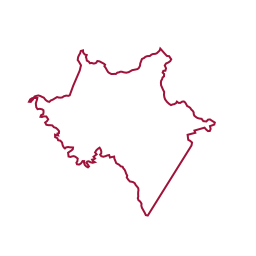 Fraiburgo, Santa Catarina, Brazil (Natural Earth projection), rotated 159°
{"feature_id": "56859067B37752043800288", "entity_name": "Fraiburgo", "entity_type": "district", "adm_level": 2, "iso_a3": "BRA", "parent_name": "Brazil", "parent_adm1": "Santa Catarina", "projection": "natural_earth1", "projection_center": [-50.848, -27.028], "detail": "fine", "context": "isolated", "style": "outline", "palette": "rose", "viewbox_px": 256, "rotation_deg": 159, "n_neighbors": 0, "source": "geoboundaries", "source_scale": "gbopen_adm2", "svg_char_len": 3683}
<svg xmlns="http://www.w3.org/2000/svg" viewBox="0 0 256 256"><g transform="rotate(159 128 128)"><path d="M205.7,169.8L204.4,169.1L202.4,169.0L200.1,168.0L199.4,164.7L201.3,163.4L203.4,162.8L203.1,160.3L201.2,159.1L199.2,158.3L197.7,157.5L197.0,155.4L195.2,153.9L194.1,151.8L193.5,149.7L194.3,148.0L195.8,148.1L195.9,146.1L197.3,146.9L198.5,147.9L199.3,145.6L197.6,143.8L197.6,141.6L195.7,140.4L194.8,138.1L195.2,135.0L194.9,132.8L194.2,131.5L192.7,132.1L190.7,131.7L189.4,130.9L188.0,130.3L186.3,129.5L187.2,127.9L189.2,127.2L191.2,126.8L192.8,126.4L193.2,124.7L193.7,122.7L192.1,121.6L190.3,121.5L188.8,121.2L187.6,120.2L186.8,119.0L185.9,117.5L187.2,115.1L188.6,114.1L188.6,112.4L186.8,111.4L184.9,111.7L183.6,112.4L182.3,113.4L180.8,112.8L181.5,111.3L181.6,109.1L180.8,107.2L179.5,105.6L178.2,106.1L178.6,108.3L179.3,110.5L178.0,111.3L176.6,111.0L175.2,109.4L173.5,108.2L171.3,108.0L172.5,109.6L172.8,111.3L171.2,111.0L169.7,111.3L170.5,113.5L168.6,114.1L166.7,114.7L167.5,117.0L165.6,118.5L163.4,119.4L161.6,119.8L161.2,117.8L161.3,115.8L162.1,113.9L163.6,113.1L163.0,111.2L161.3,110.0L159.4,109.8L157.1,109.8L155.3,109.5L155.4,106.9L153.5,106.7L151.2,106.3L151.7,104.3L151.6,101.9L151.6,99.5L150.7,98.3L149.5,97.0L148.5,94.8L146.9,93.7L146.8,92.0L146.2,90.5L146.0,88.7L146.1,86.1L145.8,83.8L146.9,82.3L146.2,79.4L145.3,77.3L144.0,76.6L142.7,75.7L141.5,74.1L141.3,72.1L140.6,70.2L140.0,68.2L140.5,66.2L141.4,64.7L142.3,62.5L143.0,60.3L144.0,59.0L144.1,56.9L143.0,55.0L142.5,52.6L143.4,50.6L143.6,48.5L143.3,46.6L143.1,45.0L142.8,43.2L142.6,40.3L140.9,39.2L75.0,88.9L73.4,91.5L74.5,93.6L76.0,95.4L74.8,100.3L66.9,99.4L66.9,101.8L56.4,100.9L55.7,98.8L54.4,96.4L52.7,95.9L51.2,97.5L50.8,100.4L48.4,100.3L46.2,100.3L45.0,102.0L46.7,104.2L48.4,106.6L50.3,107.1L52.5,106.0L55.2,107.4L56.0,110.2L58.2,111.4L59.6,112.5L60.7,114.0L61.7,115.8L61.6,117.6L61.1,119.1L61.4,120.7L62.3,122.6L62.7,124.5L63.7,126.0L64.9,127.3L65.1,129.1L65.5,131.4L66.4,132.8L68.1,133.2L70.2,132.7L71.9,133.4L72.9,135.1L74.2,134.0L76.2,133.7L77.9,134.0L79.7,134.0L80.9,135.7L82.2,138.3L83.1,141.4L83.0,143.8L82.5,146.1L81.3,148.7L81.6,151.5L81.7,154.0L81.8,156.0L81.1,158.4L80.2,160.1L78.6,161.4L77.6,162.8L75.9,163.3L74.9,165.5L75.8,167.3L74.5,168.7L72.6,168.1L71.1,170.1L71.3,173.2L69.4,174.6L66.9,174.7L64.6,175.3L63.0,176.7L63.5,178.5L63.8,180.2L65.9,181.4L67.1,184.4L69.4,190.6L70.8,188.9L73.0,188.0L74.5,187.4L76.1,187.5L78.1,188.1L79.8,188.1L81.8,187.4L84.3,188.2L86.3,188.2L87.9,187.6L90.3,187.4L91.8,185.7L93.4,183.9L94.5,181.8L96.3,180.2L98.0,179.6L101.2,180.1L103.4,180.5L105.2,180.2L107.3,179.9L109.7,180.2L111.9,181.4L113.5,182.7L115.1,183.3L116.7,183.2L118.1,183.5L120.0,182.8L121.3,183.4L122.7,183.8L124.2,184.4L125.7,186.0L126.5,187.3L126.9,189.2L127.3,192.1L127.9,194.2L126.7,195.3L127.4,196.6L128.9,198.3L130.7,200.4L132.6,201.5L134.3,200.3L135.9,200.2L137.2,200.6L138.6,201.8L140.3,202.1L140.8,204.0L142.3,205.7L141.9,207.6L141.9,209.4L140.4,210.9L142.0,212.1L142.8,214.6L142.2,216.6L144.5,216.8L146.0,214.8L147.5,213.7L149.2,212.0L150.6,209.5L150.1,207.7L149.8,205.7L149.4,203.4L152.5,198.9L163.9,187.2L170.7,179.4L172.2,179.4L174.1,180.4L176.7,180.6L178.4,180.1L180.1,180.5L181.7,181.2L183.1,182.3L185.4,181.9L188.1,181.4L190.1,181.4L192.1,180.6L193.6,181.7L194.9,183.8L195.7,186.5L196.9,187.6L198.3,189.2L200.0,190.5L202.2,190.8L203.9,190.9L205.4,189.9L203.7,189.2L201.9,188.5L202.7,187.2L204.0,185.6L205.2,184.1L205.7,182.4L206.2,180.2L205.7,178.0L203.4,177.5L201.5,176.2L200.6,174.9L201.1,173.2L202.1,171.4L204.6,171.1L205.7,169.8ZM205.4,189.9L206.8,190.2L209.1,189.7L211.0,188.0L209.4,187.2L207.9,188.1L206.6,188.6L205.4,189.9Z" fill="none" stroke="#9f1239" stroke-width="2"/></g></svg>